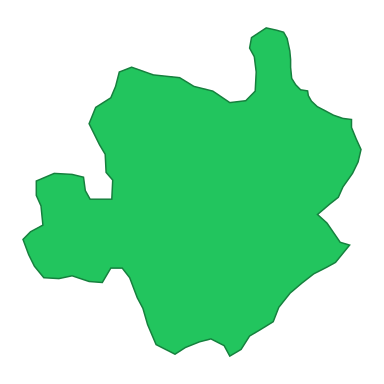 the district of Agios Ilias, Cyprus
{"feature_id": "46923920B56788308456175", "entity_name": "Agios Ilias", "entity_type": "district", "adm_level": 2, "iso_a3": "CYP", "parent_name": "Cyprus", "parent_adm1": "", "projection": "natural_earth1", "projection_center": [33.937, 35.327], "detail": "fine", "context": "isolated", "style": "filled", "palette": "green", "viewbox_px": 384, "rotation_deg": 0, "n_neighbors": 0, "source": "geoboundaries", "source_scale": "gbopen_adm2", "svg_char_len": 1215}
<svg xmlns="http://www.w3.org/2000/svg" viewBox="0 0 384 384"><path d="M351.5,119.5L342.8,118.4L333.5,115.2L326.9,111.7L317.2,106.6L311.4,101.1L308.3,95.6L307.6,90.9L300.6,89.8L295.6,84.7L291.7,78.4L290.6,67.4L290.6,59.6L289.8,51.0L287.1,38.4L283.6,32.2L276.6,30.2L266.2,27.9L251.5,37.6L249.6,48.1L254.3,56.7L256.2,72.0L255.2,91.1L245.8,100.7L229.8,102.6L212.8,91.1L193.9,86.4L179.7,77.7L153.3,74.9L131.6,67.2L119.3,72.0L115.6,86.4L110.8,97.8L95.7,107.4L89.1,123.7L99.5,144.7L105.2,154.3L106.1,172.4L112.7,180.1L111.8,199.2L90.1,199.2L85.3,190.6L83.5,177.2L72.1,174.4L54.2,173.4L36.3,181.0L36.3,195.4L41.0,205.9L42.9,225.1L30.6,231.7L23.0,239.4L28.7,254.7L34.4,266.2L43.8,277.7L58.9,278.6L72.1,275.8L89.1,281.5L102.3,282.5L110.8,268.1L122.2,268.1L129.7,277.7L137.3,297.8L142.9,308.3L147.6,324.6L156.1,344.6L175.0,354.2L185.4,347.5L199.6,341.8L210.9,338.9L224.1,345.6L229.8,356.1L241.1,349.4L249.6,336.0L260.9,329.3L273.2,321.7L278.8,307.3L290.2,293.0L301.5,283.4L313.8,273.8L327.0,267.1L335.5,262.4L349.6,245.1L340.2,242.3L327.0,223.1L317.5,214.5L329.8,204.0L338.3,197.3L343.0,186.8L352.5,173.4L358.1,161.9L361.0,149.5L356.2,139.0L351.5,127.5L351.5,119.5Z" fill="#22c55e" stroke="#15803d" stroke-width="1.5"/></svg>